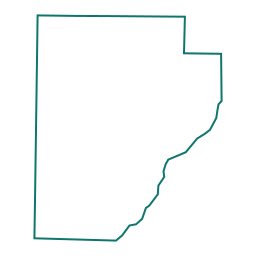 outline of Fulton, Illinois, United States of America
{"feature_id": "52423323B45529880929650", "entity_name": "Fulton", "entity_type": "district", "adm_level": 2, "iso_a3": "USA", "parent_name": "United States of America", "parent_adm1": "Illinois", "projection": "albers", "projection_center": [-90.101, 40.449], "detail": "fine", "context": "isolated", "style": "outline", "palette": "teal", "viewbox_px": 256, "rotation_deg": 0, "n_neighbors": 0, "source": "geoboundaries", "source_scale": "gbopen_adm2", "svg_char_len": 485}
<svg xmlns="http://www.w3.org/2000/svg" viewBox="0 0 256 256"><path d="M37.1,52.3L35.0,201.3L34.4,238.3L116.0,240.6L122.1,235.5L129.5,225.5L136.0,224.3L142.1,218.9L145.9,208.0L149.3,205.6L157.8,194.3L158.4,185.6L164.2,176.9L163.5,171.3L165.7,164.1L168.3,159.6L185.8,152.2L197.2,138.5L204.8,133.8L210.0,129.8L216.3,118.0L217.5,109.8L218.5,104.3L221.6,101.0L221.1,53.8L184.0,53.3L184.9,16.7L111.2,16.1L74.4,15.9L37.6,15.4L37.1,52.3Z" fill="none" stroke="#0f766e" stroke-width="2"/></svg>